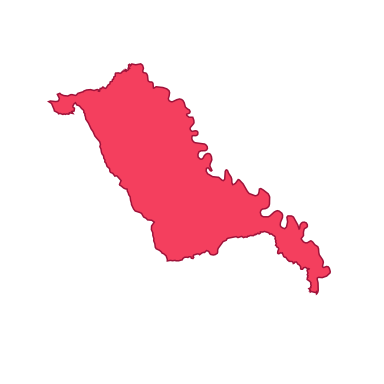 the district of Vigia Del Fuerte, Antioquia, Colombia, rotated 157°
{"feature_id": "7082276B16172876286455", "entity_name": "Vigia Del Fuerte", "entity_type": "district", "adm_level": 2, "iso_a3": "COL", "parent_name": "Colombia", "parent_adm1": "Antioquia", "projection": "robinson", "projection_center": [-76.731, 6.503], "detail": "fine", "context": "isolated", "style": "filled", "palette": "rose", "viewbox_px": 384, "rotation_deg": 157, "n_neighbors": 0, "source": "geoboundaries", "source_scale": "gbopen_adm2", "svg_char_len": 6080}
<svg xmlns="http://www.w3.org/2000/svg" viewBox="0 0 384 384"><g transform="rotate(157 192 192)"><path d="M241.7,138.2L238.6,137.5L236.7,136.3L234.3,135.7L233.7,135.0L231.2,133.9L227.4,133.4L226.5,134.3L224.3,134.8L222.2,134.0L221.3,133.3L220.0,133.6L218.4,132.7L218.5,131.3L217.1,130.4L215.9,131.2L216.1,132.4L215.1,133.3L211.4,133.0L209.8,132.1L209.5,131.3L206.7,132.0L205.0,131.9L204.1,131.4L201.4,132.4L199.8,130.7L199.6,128.2L199.1,127.1L197.0,125.7L195.1,125.3L192.7,125.7L191.9,126.6L191.0,128.7L189.8,130.0L182.8,134.2L179.3,134.2L178.2,135.2L177.0,135.4L168.8,133.7L167.5,132.1L163.9,131.8L163.3,131.4L162.4,129.9L160.8,129.9L158.9,128.9L157.9,129.5L157.2,129.1L155.4,129.2L152.5,127.8L150.4,128.4L150.1,127.8L147.4,128.3L146.8,127.3L146.3,127.2L144.9,127.6L144.6,128.5L142.5,127.5L140.7,127.4L137.3,124.5L137.0,123.0L136.5,123.2L135.9,122.4L135.1,122.3L134.1,120.0L133.4,119.5L133.0,118.0L133.4,116.8L133.9,116.6L133.8,114.3L134.3,114.0L134.6,112.7L134.5,111.5L135.9,110.3L135.2,109.0L135.4,108.3L134.4,107.0L134.4,105.7L136.1,104.0L137.0,102.4L136.9,101.8L136.2,101.2L134.2,101.5L133.7,100.9L132.7,100.7L132.8,96.8L132.3,95.9L131.2,95.2L130.4,91.7L129.9,91.3L129.7,90.2L127.0,88.9L126.5,87.8L126.7,86.6L125.6,86.6L124.8,87.3L123.1,86.7L122.8,84.3L121.9,83.3L121.2,80.9L121.9,79.1L121.8,78.3L120.4,77.7L118.8,78.7L117.1,78.3L116.1,77.2L116.0,76.1L114.8,76.1L114.2,75.5L114.7,75.1L115.6,75.5L116.8,74.7L116.9,72.1L118.3,70.8L117.9,69.6L118.5,69.2L118.6,68.3L119.2,68.2L120.2,66.5L118.5,63.8L118.0,62.0L118.7,61.0L118.8,59.4L119.6,58.7L120.0,57.5L122.2,57.4L121.4,55.5L122.4,54.9L121.8,54.4L122.1,53.7L121.1,53.8L117.5,51.1L116.5,51.5L117.2,49.5L116.8,49.6L115.2,50.8L114.2,52.3L111.5,59.1L110.8,63.0L110.1,63.9L108.8,64.0L105.6,62.3L100.9,62.0L96.5,63.6L95.8,64.9L95.4,68.2L95.9,70.0L97.3,70.9L100.2,71.0L101.0,72.0L100.8,72.8L98.6,75.9L98.3,77.1L98.3,78.7L99.4,84.4L98.9,86.9L97.7,90.3L97.6,92.5L99.6,95.5L100.4,98.7L101.2,100.2L102.0,100.7L105.7,100.2L107.4,100.8L108.9,102.5L109.8,105.9L109.6,106.5L106.4,108.3L105.1,111.5L103.4,113.9L102.4,114.4L100.3,114.6L99.2,115.3L98.6,116.9L98.9,118.9L100.4,120.4L102.2,120.9L103.5,120.6L105.4,119.4L107.3,116.2L107.9,116.1L107.5,120.4L108.4,129.3L109.7,131.0L113.0,132.5L114.5,131.7L115.7,127.1L118.7,122.9L121.0,122.0L122.8,123.7L123.9,125.6L123.6,127.4L122.3,129.6L118.7,133.1L117.6,135.4L117.6,137.4L119.2,140.3L120.6,141.4L122.0,141.6L124.2,141.4L129.7,139.5L131.6,139.4L136.0,141.3L137.1,142.7L137.5,143.8L137.1,146.6L135.7,148.2L133.9,148.8L130.9,148.0L128.7,148.1L126.8,148.9L125.4,150.6L122.5,157.0L122.4,158.0L122.6,160.6L125.6,166.0L127.3,168.3L128.8,168.4L130.4,165.6L132.0,163.9L133.5,163.5L135.3,163.8L140.0,168.3L140.8,170.9L141.8,179.5L143.7,184.6L144.6,185.4L148.7,183.0L150.8,182.7L151.7,182.9L151.6,185.1L150.4,188.3L150.2,190.5L151.0,195.0L150.9,197.6L151.4,198.8L152.2,198.9L153.3,198.1L156.9,191.0L158.6,190.2L159.6,190.9L161.7,195.1L167.1,198.1L170.5,202.7L170.8,205.8L169.5,208.1L168.2,208.1L167.4,207.6L166.8,204.4L166.1,203.8L165.2,204.1L165.4,209.0L164.3,210.8L161.2,213.8L160.3,216.9L160.4,219.5L161.2,220.6L162.6,221.4L164.7,221.4L166.5,220.6L168.5,218.9L170.2,218.4L171.5,219.1L172.7,221.7L171.9,224.2L170.0,226.2L167.6,226.4L163.8,224.9L162.1,225.0L160.8,226.0L160.3,227.8L160.7,229.7L161.6,231.2L169.8,236.1L170.8,237.3L171.5,239.5L171.2,241.6L170.0,243.5L169.0,243.5L166.6,242.4L165.5,242.3L164.3,242.7L163.4,244.2L163.3,245.4L163.8,246.3L165.1,247.1L168.1,247.7L168.7,248.3L169.2,249.9L169.1,251.0L168.2,252.1L163.7,254.4L163.0,255.2L162.3,257.3L162.1,260.5L165.5,262.0L166.9,264.6L166.5,265.7L163.8,265.6L163.0,265.9L162.3,266.9L162.4,268.6L163.7,270.3L164.9,272.8L164.3,277.3L164.6,279.7L165.4,281.2L167.1,282.5L169.9,282.9L174.6,282.7L175.9,283.2L177.3,284.8L177.5,286.1L177.2,287.4L175.5,289.4L173.8,292.2L173.6,294.3L174.9,296.8L177.9,299.5L183.9,302.9L186.5,302.5L186.9,302.8L185.5,307.1L185.6,308.3L186.2,309.0L188.0,309.9L188.8,311.1L188.9,311.9L187.5,316.4L187.5,318.2L188.0,319.5L189.6,320.5L190.3,321.7L190.0,322.8L188.3,324.9L188.0,328.0L189.1,330.0L194.1,331.1L197.4,333.4L199.1,332.3L199.2,333.6L199.6,334.0L200.8,333.7L201.3,332.0L202.3,330.9L201.1,330.4L201.1,330.1L202.2,330.1L203.2,329.3L204.0,329.3L205.1,330.4L205.2,328.9L205.5,328.8L206.8,330.7L207.5,329.9L208.7,330.3L210.3,329.4L211.8,329.3L213.2,330.4L215.9,331.3L216.5,330.7L217.4,328.6L218.9,328.5L219.9,326.9L220.4,326.5L221.2,326.7L222.2,325.1L224.3,325.3L225.4,323.6L227.4,323.3L230.2,321.4L231.2,321.2L232.4,322.3L232.5,323.0L233.1,323.5L235.1,322.6L236.0,323.2L237.1,322.0L237.4,321.1L238.0,320.9L238.7,321.3L238.3,321.8L238.3,322.6L239.2,323.4L242.5,323.7L245.4,325.9L249.2,327.1L252.1,327.2L252.9,326.8L258.5,327.4L260.4,326.5L261.5,326.4L264.3,328.5L265.6,329.0L268.9,328.9L272.4,330.9L274.6,333.2L275.1,334.5L277.8,334.5L277.5,330.1L278.4,328.8L280.0,327.9L282.3,328.6L286.8,331.1L288.6,331.2L286.7,328.4L286.7,321.8L287.0,320.4L284.4,317.3L284.3,316.1L282.7,315.9L280.5,313.8L279.3,313.9L278.2,312.9L276.9,312.9L275.1,311.8L274.3,312.0L274.3,312.6L273.7,312.8L270.9,310.8L271.3,313.1L268.9,312.6L267.6,314.7L267.5,315.2L268.4,316.4L268.1,317.7L266.0,319.3L264.4,319.7L264.1,317.2L262.5,315.8L261.8,314.8L261.0,311.9L260.0,310.0L259.9,308.7L260.5,307.5L260.0,305.8L260.6,304.7L260.7,302.8L261.3,300.6L260.4,295.9L260.2,289.4L259.5,286.3L259.5,281.4L257.3,274.4L257.6,271.7L259.1,269.7L259.0,267.2L259.8,264.1L259.9,262.1L259.3,260.0L260.0,257.4L259.6,255.6L260.5,253.8L259.9,252.1L260.2,248.7L258.8,245.8L259.5,242.9L259.3,241.9L257.6,240.1L256.8,236.7L255.5,236.6L254.7,235.9L252.8,230.2L255.8,227.3L255.8,226.5L254.8,225.2L253.4,222.4L252.1,220.9L250.6,220.0L251.2,218.1L251.0,216.3L251.3,214.2L250.8,211.8L251.8,208.4L252.1,205.6L252.6,204.0L252.4,199.2L251.7,196.7L248.0,193.5L246.8,192.0L246.3,187.9L244.4,185.6L243.8,183.7L240.1,181.7L238.5,179.0L242.5,176.5L244.1,173.2L244.0,169.9L245.0,167.3L245.3,164.0L246.3,162.1L246.4,158.9L247.4,155.5L247.1,153.7L244.7,151.0L243.7,149.0L243.4,147.4L242.3,146.4L240.8,143.5L241.0,139.8L241.7,138.2Z" fill="#f43f5e" stroke="#9f1239" stroke-width="1.5"/></g></svg>